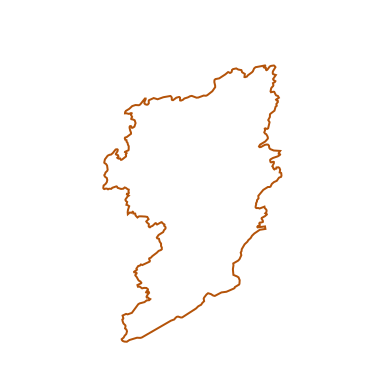 SVG path tracing the border of Nizhegorod, rotated 150°
{"feature_id": "RUS-2357", "entity_name": "Nizhegorod", "entity_type": "Region", "adm_level": 1, "iso_a3": "RUS", "parent_name": "Russia", "parent_adm1": "", "projection": "robinson", "projection_center": [44.77, 56.28], "detail": "fine", "context": "isolated", "style": "outline", "palette": "amber", "viewbox_px": 384, "rotation_deg": 150, "n_neighbors": 0, "source": "natural_earth", "source_scale": "10m", "svg_char_len": 6041}
<svg xmlns="http://www.w3.org/2000/svg" viewBox="0 0 384 384"><g transform="rotate(150 192 192)"><path d="M236.9,267.0L235.5,266.5L235.2,266.0L235.2,265.6L236.2,264.5L239.0,263.0L239.0,262.4L237.7,260.8L238.0,259.5L239.6,259.0L239.5,258.5L238.6,257.4L237.6,257.2L237.4,255.3L236.2,255.1L231.4,255.8L230.9,256.4L230.6,257.6L229.2,258.3L230.1,260.1L229.9,260.3L226.2,259.9L225.5,260.6L223.9,263.3L223.8,265.0L223.2,267.1L223.5,268.3L222.8,269.6L223.7,270.7L223.3,272.2L222.7,272.6L221.1,272.2L215.7,272.9L215.1,274.0L214.8,276.1L214.0,278.7L213.5,279.6L212.9,280.0L212.0,279.7L211.8,277.5L210.9,277.3L209.2,277.4L206.4,279.9L205.8,282.7L206.5,283.9L208.1,285.4L207.8,286.1L206.3,287.0L206.3,289.3L204.9,290.3L205.3,290.8L207.6,291.2L209.4,292.9L210.7,293.6L210.0,294.6L208.7,295.3L204.7,295.4L200.8,296.3L197.5,295.6L194.6,293.7L193.1,293.7L186.0,296.5L185.4,296.1L185.7,295.6L187.9,294.0L188.9,292.6L188.6,291.3L187.4,290.1L186.4,289.9L185.1,290.4L183.9,292.6L183.3,293.0L178.2,292.5L175.4,289.5L169.4,288.4L162.8,286.0L162.4,285.3L162.3,284.0L163.3,282.1L163.2,281.5L162.4,281.0L158.4,281.5L155.8,280.8L155.4,280.5L155.2,279.7L156.5,277.3L155.9,276.7L153.9,276.4L151.8,276.8L148.3,276.0L145.7,275.9L144.1,275.3L141.0,271.5L139.5,270.7L133.7,269.7L131.8,268.4L130.4,268.2L124.0,269.1L119.5,271.2L118.7,272.7L117.7,276.0L116.8,277.4L116.2,277.9L115.1,278.0L111.6,276.8L104.3,277.2L100.9,277.8L100.5,277.6L99.6,276.1L98.6,276.0L97.6,276.2L96.3,277.7L95.0,277.9L91.9,276.9L90.7,274.9L88.3,272.9L88.7,270.6L87.2,267.8L89.0,265.5L89.1,265.3L88.6,264.9L86.7,264.5L85.4,265.1L80.1,265.7L78.9,266.1L76.5,267.9L74.6,268.3L65.5,265.1L65.5,264.6L67.4,264.0L67.3,263.6L66.0,262.6L66.8,260.9L66.6,260.3L65.7,260.2L62.0,261.8L60.5,261.7L58.0,260.7L57.6,260.3L57.3,258.8L57.3,258.4L61.3,256.2L62.1,255.5L62.8,254.2L62.8,253.5L60.9,251.4L65.3,249.3L65.4,248.2L64.4,246.3L65.3,245.8L67.5,245.8L68.1,243.8L68.8,243.2L70.9,242.6L71.8,242.0L73.7,239.8L73.7,238.9L71.3,238.1L70.7,237.6L70.9,234.3L70.8,233.6L69.6,232.2L69.6,230.2L73.0,230.0L73.0,229.0L72.1,228.2L72.6,227.0L75.0,226.0L75.5,224.3L76.9,224.1L79.9,221.2L85.2,220.5L85.7,220.2L87.1,218.0L90.0,216.2L89.9,213.7L94.2,209.1L95.5,209.1L96.7,210.5L97.3,210.5L97.9,208.9L99.6,207.5L99.5,206.1L98.8,204.9L98.8,202.3L99.3,200.7L99.9,200.2L103.3,199.1L109.3,199.0L111.2,198.0L111.1,197.1L109.9,196.5L105.3,196.4L103.4,195.7L102.5,195.0L102.2,193.7L103.0,191.6L102.8,190.1L100.5,187.1L95.1,183.5L97.5,182.3L97.8,181.8L97.1,181.2L96.9,180.5L97.5,180.1L99.9,180.0L104.9,181.0L107.6,181.0L108.4,180.6L109.0,178.9L108.7,178.1L106.6,177.6L106.1,177.0L106.8,175.9L109.6,174.1L109.4,172.9L109.7,172.0L109.6,170.7L109.3,170.3L108.2,170.6L107.3,170.1L106.5,171.0L104.8,170.2L104.3,169.2L104.5,167.3L106.3,165.1L105.3,164.1L105.3,163.7L106.3,161.5L107.2,160.6L109.5,160.9L113.0,159.3L116.1,159.6L118.8,159.1L121.3,157.4L122.2,157.5L123.8,158.4L129.2,158.2L136.5,155.5L137.6,153.2L139.8,152.4L140.5,151.3L142.2,150.2L142.4,149.5L144.1,147.7L144.6,146.8L144.3,145.9L142.5,144.9L141.7,143.9L136.6,143.1L137.0,141.9L136.5,139.6L136.6,138.8L137.5,137.5L139.2,136.9L138.3,135.4L138.4,135.1L140.9,134.6L144.5,134.7L145.1,134.1L145.0,131.8L145.5,130.7L146.7,130.8L148.7,131.6L149.4,131.2L149.6,129.9L150.0,129.3L152.0,129.6L152.9,129.1L152.8,128.5L146.0,125.7L146.9,123.3L152.2,125.4L158.8,124.9L161.9,124.1L164.2,122.8L167.4,122.1L168.8,121.3L172.6,120.4L177.5,117.6L178.8,115.9L180.1,115.2L180.9,112.6L184.4,110.1L186.4,109.5L192.0,109.5L192.8,107.7L195.2,104.7L197.6,99.5L195.3,96.5L194.4,94.8L194.8,91.8L196.8,88.8L197.5,88.3L202.4,88.2L203.3,87.5L204.4,87.5L212.1,88.4L216.7,90.3L224.2,90.6L225.4,91.7L226.7,94.2L228.7,96.3L230.7,96.0L234.3,94.5L235.2,93.8L236.1,91.4L238.7,90.7L240.4,89.8L243.7,89.9L246.8,89.1L263.2,88.3L264.4,88.9L266.4,91.1L267.7,91.5L269.3,91.2L271.1,90.5L274.5,91.1L308.2,91.1L309.7,91.5L312.5,93.3L320.2,95.1L323.3,94.9L325.4,96.3L326.5,97.7L326.7,98.9L326.5,99.7L324.0,100.1L322.2,101.2L319.9,101.9L317.9,103.9L317.6,105.8L318.2,107.3L316.6,109.1L316.4,109.9L317.1,112.4L316.7,114.7L316.1,116.4L315.1,116.5L314.6,117.0L313.9,119.7L310.1,119.4L308.9,118.2L304.5,117.4L294.6,121.7L293.0,121.7L288.2,120.4L285.5,120.8L283.1,119.7L281.7,120.1L282.7,121.7L283.0,122.8L283.9,123.2L283.9,123.6L283.6,124.2L281.7,125.3L279.6,126.1L279.4,127.1L279.6,127.5L281.3,127.3L281.9,128.0L281.3,128.5L279.0,129.3L278.8,129.9L279.5,131.7L281.4,132.9L283.4,133.5L284.6,136.2L286.2,137.0L285.8,138.7L281.7,138.4L281.3,138.6L281.4,140.3L282.2,141.5L282.5,142.7L282.4,145.9L282.8,148.1L282.3,148.7L281.0,149.0L280.5,149.4L280.8,150.3L282.2,151.4L282.0,151.9L278.5,152.2L278.4,153.5L275.5,154.8L274.1,154.3L272.5,154.8L271.6,153.6L263.6,152.9L262.9,153.4L262.6,155.5L262.2,155.9L260.3,155.7L258.5,156.3L252.9,157.0L250.3,157.7L248.0,157.3L246.8,157.5L245.9,159.0L245.8,160.7L244.6,162.8L244.8,165.3L244.0,168.0L245.3,169.3L245.2,170.2L242.4,171.5L237.0,171.7L235.4,172.9L233.4,173.5L232.8,174.1L232.5,175.2L233.0,176.7L232.1,177.6L233.2,179.9L233.2,180.8L233.6,181.2L238.5,181.3L238.7,181.5L238.8,182.9L239.3,183.3L243.2,182.4L244.9,182.7L245.9,182.4L246.5,182.8L246.7,183.9L245.4,185.8L246.3,188.3L246.3,189.4L243.2,190.2L243.2,192.8L244.9,194.2L248.6,196.6L250.1,197.4L252.0,197.2L252.6,199.9L252.0,201.7L253.5,202.7L253.0,203.9L253.2,204.5L254.9,204.3L256.1,205.3L258.7,204.8L257.8,206.7L256.3,208.6L253.5,211.1L254.4,212.9L255.2,213.7L253.1,215.8L253.7,217.3L253.7,218.1L253.4,218.8L249.9,220.4L248.6,220.5L249.6,222.5L249.2,223.0L247.7,222.5L247.1,222.8L246.8,224.1L245.6,225.7L246.3,226.5L247.3,228.8L248.1,229.6L249.8,229.2L251.9,230.1L254.3,232.8L254.3,234.2L254.7,234.7L258.9,235.5L260.3,235.1L262.2,236.3L263.4,236.3L264.0,237.5L265.0,238.1L266.4,238.3L266.7,238.6L266.9,239.3L266.8,239.9L265.3,241.8L262.8,242.2L260.9,243.1L259.4,244.7L258.8,246.8L259.6,248.4L259.7,250.0L259.5,250.5L258.1,251.2L257.2,252.1L254.8,252.7L253.9,253.5L252.3,257.4L252.5,259.4L253.3,260.8L253.2,261.5L251.1,263.8L246.9,265.6L245.0,265.5L243.4,264.9L241.1,265.3L236.9,267.0Z" fill="none" stroke="#b45309" stroke-width="2"/></g></svg>